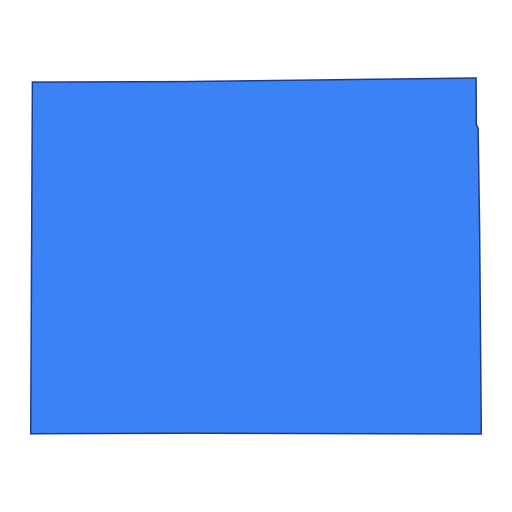 Adair, Missouri, United States of America (Albers equal-area conic projection)
{"feature_id": "52423323B5139201807141", "entity_name": "Adair", "entity_type": "district", "adm_level": 2, "iso_a3": "USA", "parent_name": "United States of America", "parent_adm1": "Missouri", "projection": "albers", "projection_center": [-92.557, 40.192], "detail": "fine", "context": "isolated", "style": "filled", "palette": "blue", "viewbox_px": 512, "rotation_deg": 0, "n_neighbors": 0, "source": "geoboundaries", "source_scale": "gbopen_adm2", "svg_char_len": 269}
<svg xmlns="http://www.w3.org/2000/svg" viewBox="0 0 512 512"><path d="M481.3,434.0L479.6,228.3L478.1,128.3L476.3,124.2L476.1,78.0L182.9,81.6L180.5,81.6L32.4,82.1L30.7,433.8L38.4,433.7L191.6,433.2L481.3,434.0Z" fill="#3b82f6" stroke="#1e3a8a" stroke-width="1.5"/></svg>